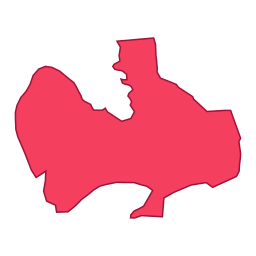 outline of Abua/Odual, Rivers, Nigeria
{"feature_id": "59680162B70529740290920", "entity_name": "Abua/Odual", "entity_type": "district", "adm_level": 2, "iso_a3": "NGA", "parent_name": "Nigeria", "parent_adm1": "Rivers", "projection": "albers", "projection_center": [6.549, 4.841], "detail": "fine", "context": "isolated", "style": "filled", "palette": "rose", "viewbox_px": 256, "rotation_deg": 0, "n_neighbors": 0, "source": "geoboundaries", "source_scale": "gbopen_adm2", "svg_char_len": 1583}
<svg xmlns="http://www.w3.org/2000/svg" viewBox="0 0 256 256"><path d="M130.5,217.8L134.4,218.0L141.5,215.6L162.4,216.8L163.9,198.0L173.7,192.4L191.1,185.0L206.1,182.6L212.6,187.3L236.4,176.5L239.1,171.3L239.5,164.9L240.5,156.4L240.6,153.7L240.2,150.7L238.9,141.5L240.6,138.3L230.6,110.4L224.9,110.4L206.9,111.5L193.5,99.0L192.6,96.6L178.2,87.2L176.4,84.5L168.7,81.3L160.5,78.2L157.0,71.9L157.2,69.1L157.2,66.8L156.9,65.4L156.5,59.7L155.9,55.1L155.5,44.4L153.7,38.0L117.0,41.2L120.4,47.2L119.1,55.4L119.9,60.8L118.4,62.0L114.0,64.3L112.8,66.5L114.9,69.4L122.4,70.9L126.6,74.3L126.9,79.6L123.5,79.8L121.0,79.1L122.5,83.1L125.4,84.3L128.9,85.0L131.2,86.6L132.9,89.7L129.0,93.2L127.9,96.0L130.3,99.0L131.6,101.9L130.2,105.1L132.4,108.5L134.5,111.7L130.9,118.5L123.7,120.7L121.7,121.3L107.7,112.1L106.3,110.1L105.3,108.2L102.4,110.1L98.9,110.2L93.7,110.1L92.1,107.6L90.6,104.4L84.5,101.3L82.1,99.3L81.1,95.9L78.7,91.6L76.1,86.4L73.7,82.5L66.8,77.1L59.8,71.2L51.8,67.3L45.4,66.4L38.8,69.0L33.2,75.4L30.0,84.5L26.0,91.5L20.8,97.5L19.3,100.7L17.0,105.4L15.4,112.4L15.5,121.0L15.8,126.6L15.9,129.6L17.9,137.0L18.3,137.9L22.2,146.9L24.8,153.1L25.3,154.3L29.3,164.6L31.4,170.1L36.0,177.4L36.1,177.5L39.1,175.6L45.8,171.1L45.4,180.8L43.6,191.1L46.6,201.2L55.5,205.2L55.7,206.6L56.6,212.2L68.0,211.8L75.4,205.8L80.7,200.4L81.5,199.5L89.1,193.8L93.7,189.9L100.1,186.0L101.6,185.7L106.8,184.3L116.8,182.3L124.0,182.5L134.2,182.6L140.5,184.6L146.8,186.2L152.7,190.4L148.1,198.5L143.6,206.2L138.9,208.8L134.1,211.0L130.9,214.8L130.5,217.8Z" fill="#f43f5e" stroke="#9f1239" stroke-width="1.5"/></svg>